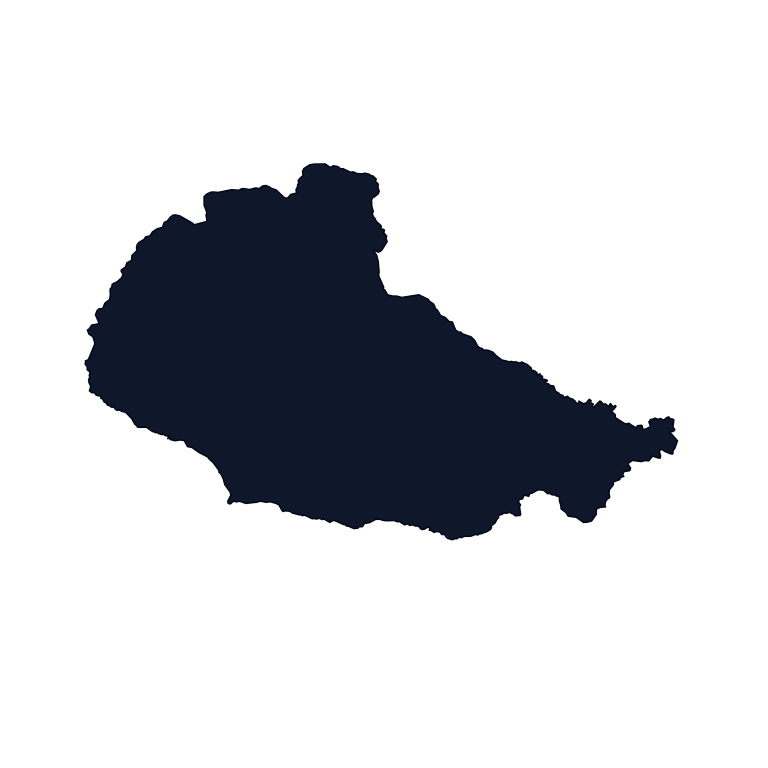 the district of San Lorenzo, Nariño, Colombia, rotated 118°
{"feature_id": "7082276B92699344699207", "entity_name": "San Lorenzo", "entity_type": "district", "adm_level": 2, "iso_a3": "COL", "parent_name": "Colombia", "parent_adm1": "Nariño", "projection": "robinson", "projection_center": [-77.226, 1.559], "detail": "fine", "context": "isolated", "style": "filled", "palette": "ink", "viewbox_px": 768, "rotation_deg": 118, "n_neighbors": 0, "source": "geoboundaries", "source_scale": "gbopen_adm2", "svg_char_len": 6165}
<svg xmlns="http://www.w3.org/2000/svg" viewBox="0 0 768 768"><g transform="rotate(118 384 384)"><path d="M279.5,116.6L279.6,117.5L281.5,118.9L284.5,119.9L284.8,123.9L286.6,125.4L286.9,128.8L288.7,130.0L290.4,132.2L292.2,131.8L293.0,132.4L295.9,129.3L296.9,128.9L300.7,131.6L302.3,133.6L302.1,134.5L299.8,136.3L299.6,137.4L301.9,140.7L303.9,140.5L304.3,141.0L304.1,147.1L303.5,148.9L305.7,151.7L305.9,154.1L305.0,164.1L302.6,165.3L301.2,170.6L298.7,169.3L294.8,168.7L294.5,169.8L296.7,171.2L295.0,174.6L295.6,175.1L298.3,174.9L297.6,179.1L298.8,181.2L297.5,184.3L298.0,185.6L306.3,188.0L305.9,189.5L303.5,189.8L303.6,192.9L301.4,193.4L301.2,195.6L305.8,196.5L307.9,199.0L307.6,201.2L308.2,202.8L307.6,202.9L307.6,203.7L310.1,203.5L310.9,204.3L309.4,207.3L308.8,209.9L309.4,213.9L308.7,216.1L310.8,218.2L311.1,219.2L310.1,220.9L310.7,223.5L310.0,225.4L309.9,229.0L306.1,233.3L307.3,236.6L306.6,239.3L307.2,240.1L307.1,242.2L306.1,242.5L304.9,241.4L304.0,241.6L305.1,247.0L302.8,247.6L303.1,249.1L301.9,250.7L302.3,251.6L304.5,252.7L302.2,254.3L301.7,257.8L302.8,259.3L300.7,261.8L299.6,266.6L299.9,272.7L301.7,273.8L302.6,278.3L304.0,280.3L304.2,282.2L305.4,283.3L307.5,291.4L306.3,298.3L304.8,302.8L305.2,307.1L306.2,310.2L307.2,310.9L306.6,314.4L307.1,316.3L306.7,318.9L302.9,324.5L301.5,329.1L302.9,338.4L302.1,340.6L303.5,343.4L302.7,344.7L303.0,345.8L297.3,352.5L297.3,353.7L298.0,354.3L298.3,355.6L296.5,361.3L297.0,366.2L293.8,371.3L293.0,374.6L291.6,375.5L290.1,377.9L289.5,382.9L288.5,384.7L288.9,395.2L299.2,408.9L300.4,414.0L302.2,417.5L303.6,422.6L300.7,427.3L300.3,429.5L298.6,429.8L290.7,439.8L287.6,440.8L278.7,446.5L273.7,451.0L271.0,455.8L270.3,455.2L270.3,451.0L268.4,449.4L265.7,448.7L256.7,448.1L254.5,450.6L252.2,451.1L250.5,455.2L247.9,455.9L247.8,457.8L248.8,459.7L246.2,460.3L245.5,461.2L244.0,467.2L242.2,469.5L241.3,471.9L238.3,475.1L237.4,474.3L236.5,474.6L232.8,478.2L227.3,481.4L224.3,481.5L223.5,480.4L218.8,478.4L216.0,478.8L213.1,481.8L211.1,482.4L209.9,483.5L209.2,486.7L206.7,487.1L205.5,491.4L206.0,492.6L205.8,495.9L207.0,500.2L208.6,501.7L210.9,506.8L211.0,510.4L212.8,513.3L213.1,521.2L214.3,523.3L213.7,526.9L215.1,531.2L217.6,532.7L218.0,533.7L217.3,539.2L222.8,549.2L225.5,552.6L231.4,555.9L234.6,555.7L237.8,553.3L242.0,554.9L244.7,555.3L246.6,553.6L248.7,553.8L250.2,553.0L253.8,552.9L256.5,550.9L260.4,555.3L264.7,556.3L265.8,557.4L266.2,559.7L263.3,570.4L264.1,575.2L263.8,577.9L264.2,581.5L266.1,584.1L270.2,586.0L271.0,589.2L275.5,594.1L277.3,599.7L278.7,601.6L281.0,603.0L284.0,609.8L292.7,620.4L294.7,625.1L296.1,627.1L299.4,629.6L303.2,630.8L310.8,626.6L315.4,621.2L318.8,620.2L322.5,617.1L324.2,617.3L332.6,626.4L331.9,628.1L331.4,643.2L332.6,647.5L334.0,649.6L337.3,651.1L341.8,651.8L344.4,653.9L349.8,653.2L353.3,657.0L358.4,659.8L363.0,660.2L366.1,663.6L368.6,663.6L374.2,666.9L376.6,667.4L379.5,666.7L382.2,664.8L388.9,666.9L393.3,664.9L397.6,667.9L402.1,667.2L406.5,669.5L407.9,669.0L409.4,666.0L413.3,665.5L418.9,667.6L423.4,670.8L426.2,669.9L428.8,670.4L434.4,667.2L438.3,666.0L443.8,668.4L449.4,667.8L451.6,671.1L454.0,671.8L458.4,671.2L463.5,664.8L464.9,664.3L469.2,669.7L473.7,670.2L475.6,671.2L478.5,667.9L478.9,663.2L483.1,659.0L484.9,658.1L501.3,656.5L503.9,658.5L504.8,657.4L506.5,657.5L508.2,654.1L510.8,652.7L511.4,649.2L515.1,648.1L516.8,646.5L518.4,647.1L521.3,645.1L523.8,641.8L528.3,640.9L528.9,638.2L527.7,635.6L529.0,632.7L527.6,627.8L529.3,627.7L529.4,625.5L531.2,622.7L531.2,620.4L532.5,618.1L532.0,616.2L532.4,613.9L531.2,611.3L532.3,609.7L532.6,607.7L531.2,605.3L531.3,602.7L530.3,598.9L532.9,590.7L536.6,584.9L536.8,583.0L537.7,581.6L537.4,580.1L533.7,573.5L534.7,566.0L534.0,564.5L534.4,563.4L533.3,561.5L533.6,559.6L532.8,556.1L531.8,554.6L532.3,553.0L531.2,549.6L533.6,549.3L532.9,548.2L533.3,546.3L532.2,541.9L529.0,537.5L527.7,533.8L531.5,528.1L530.2,523.8L531.3,515.2L531.2,505.4L532.4,503.0L533.5,498.2L537.1,490.6L538.2,488.9L539.3,488.4L540.3,485.2L543.3,481.3L547.7,477.2L551.8,468.9L554.2,467.0L560.8,466.9L562.4,465.7L562.5,464.7L561.8,463.2L558.1,461.9L557.5,459.2L555.3,456.5L554.3,449.9L548.2,441.0L545.4,438.0L543.9,432.8L541.3,429.0L540.1,423.0L540.1,419.9L543.7,414.5L543.9,413.2L542.5,411.9L540.6,407.6L540.9,404.1L539.2,397.1L538.5,396.1L538.6,394.3L537.3,392.8L537.0,391.5L536.7,384.2L535.3,382.0L534.9,380.1L533.0,378.3L532.7,375.0L531.4,373.5L531.6,366.8L529.1,365.5L527.7,363.5L527.1,354.2L526.5,352.0L527.0,350.4L526.3,349.0L525.7,342.5L523.3,339.2L521.9,339.2L520.1,336.1L516.3,335.8L513.2,331.7L507.4,327.8L505.2,323.7L505.0,321.3L503.6,317.6L499.7,310.8L499.5,307.7L498.2,305.8L498.7,299.7L496.5,297.7L496.8,294.7L495.0,292.9L494.7,289.7L493.3,286.8L494.7,283.5L494.5,281.9L493.3,280.2L490.6,278.7L489.4,276.7L490.3,275.4L491.7,275.2L491.2,274.1L491.5,270.1L489.7,268.5L488.4,265.4L489.7,262.3L488.4,259.6L489.7,257.8L490.4,255.5L489.4,250.6L487.1,248.5L486.4,246.9L484.0,245.9L483.4,243.6L480.9,241.7L477.6,235.8L474.1,232.9L473.1,230.1L471.4,229.4L470.9,228.2L466.0,223.8L462.5,221.7L460.3,221.7L458.3,223.5L457.6,222.0L454.4,220.7L450.6,220.8L448.3,220.1L446.0,221.2L444.0,218.8L441.6,217.5L440.7,215.3L437.8,212.1L438.5,210.8L438.1,208.9L438.8,206.3L436.2,202.2L434.8,202.2L429.0,206.6L426.7,206.7L425.1,209.8L422.5,210.4L420.4,207.8L416.3,208.1L415.2,203.5L412.6,203.9L410.5,201.7L405.9,198.9L404.6,197.3L402.8,193.0L404.0,188.4L402.9,186.3L402.9,183.3L401.8,181.6L402.0,179.5L401.1,176.4L405.2,173.9L408.1,170.9L411.1,169.0L412.1,163.0L414.2,159.3L411.4,151.6L412.6,143.0L410.8,139.9L407.5,136.4L399.4,135.4L394.7,137.8L391.5,135.2L388.5,130.8L386.8,132.3L383.5,133.2L380.9,132.9L379.0,131.6L377.7,131.7L375.0,134.0L371.6,135.3L365.6,134.2L362.6,135.4L358.0,131.2L355.1,131.0L353.1,129.0L352.0,130.7L348.7,131.0L345.5,126.8L344.5,126.3L342.4,126.9L340.2,131.1L338.6,130.8L334.8,128.7L331.7,120.4L329.1,117.7L327.6,114.2L321.6,113.0L320.5,106.9L319.7,105.4L317.7,106.0L314.1,109.3L311.9,108.9L311.3,107.3L311.7,104.8L311.2,98.7L310.6,96.7L309.9,96.2L307.3,97.5L304.3,97.0L296.4,98.2L292.5,108.5L291.6,108.7L290.0,106.2L287.8,105.8L286.2,108.8L279.8,111.1L279.4,112.4L280.4,116.1L279.5,116.6Z" fill="#0f172a" stroke="#020617" stroke-width="1.5"/></g></svg>